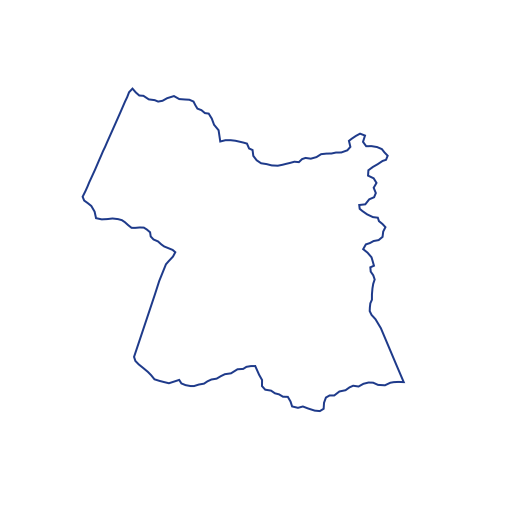 the district of Rio Bonito, Rio de Janeiro, Brazil, rotated 201°
{"feature_id": "56859067B12785647201929", "entity_name": "Rio Bonito", "entity_type": "district", "adm_level": 2, "iso_a3": "BRA", "parent_name": "Brazil", "parent_adm1": "Rio de Janeiro", "projection": "albers", "projection_center": [-42.592, -22.736], "detail": "fine", "context": "isolated", "style": "outline", "palette": "blue", "viewbox_px": 512, "rotation_deg": 201, "n_neighbors": 0, "source": "geoboundaries", "source_scale": "gbopen_adm2", "svg_char_len": 2883}
<svg xmlns="http://www.w3.org/2000/svg" viewBox="0 0 512 512"><g transform="rotate(201 256 256)"><path d="M439.1,249.2L436.3,246.2L432.1,245.1L427.7,243.7L422.6,239.6L418.9,234.0L413.2,234.9L408.0,237.2L403.4,239.6L398.0,241.0L394.1,241.4L390.6,240.6L386.4,239.0L382.3,237.7L378.8,239.0L374.7,241.0L370.9,242.3L367.4,241.6L363.4,240.2L361.3,236.5L357.6,234.7L352.7,234.5L348.6,232.9L345.2,232.0L340.3,231.9L336.0,231.8L332.7,230.6L333.3,225.7L335.7,219.8L337.1,216.0L337.4,198.1L336.6,183.7L333.7,118.1L331.0,114.8L326.7,112.8L321.1,111.0L315.5,109.1L311.3,107.2L306.6,104.5L301.5,104.8L296.3,105.4L291.7,106.0L287.6,109.3L283.3,112.8L280.0,110.3L275.5,110.2L270.6,111.1L267.2,112.4L263.3,115.5L258.8,118.2L256.4,121.6L253.4,124.7L248.8,127.4L245.7,131.3L242.7,134.5L237.3,137.5L232.7,143.6L227.5,146.0L225.2,149.1L221.5,151.3L217.3,153.0L214.0,149.7L210.6,146.3L205.9,142.4L203.8,136.7L199.5,134.5L193.7,135.7L189.1,134.6L184.9,135.1L180.4,134.3L175.8,135.9L171.6,132.5L168.4,128.5L162.4,129.3L158.3,132.3L152.9,132.3L145.7,132.7L140.8,134.1L138.1,137.6L139.9,143.4L140.0,148.9L137.3,152.2L133.0,153.8L129.6,159.4L124.3,162.8L121.6,166.9L118.8,169.7L113.5,170.9L109.9,175.2L105.6,178.2L101.3,179.7L95.9,179.4L89.3,181.5L85.2,185.8L82.2,187.6L77.9,189.5L72.9,191.2L86.0,204.7L113.5,233.3L121.8,239.8L127.0,242.4L130.1,245.3L131.3,248.9L132.3,252.8L132.1,256.7L134.0,261.7L135.7,267.6L136.6,272.1L136.8,276.6L139.6,280.0L143.3,282.5L145.2,286.4L142.4,289.2L145.1,292.8L147.7,296.2L153.1,299.1L158.4,300.8L157.6,306.2L154.3,308.9L151.6,312.1L147.2,314.8L144.7,319.2L146.0,324.4L145.5,329.3L149.4,331.2L153.7,332.6L156.0,335.4L160.8,334.2L167.2,334.7L172.8,336.1L176.1,337.2L177.9,340.6L172.5,343.4L170.6,349.5L166.8,353.2L166.7,357.7L170.6,361.9L169.7,367.4L174.0,370.7L180.2,371.2L181.8,376.3L178.9,380.9L175.3,385.3L171.9,390.1L169.1,392.4L169.0,396.8L173.3,398.8L176.8,400.9L182.0,401.1L187.4,400.0L192.5,398.0L197.0,400.9L197.4,407.5L202.7,407.5L205.7,404.0L208.6,399.9L210.5,396.8L207.0,391.7L208.6,387.4L213.5,383.2L218.5,381.2L222.3,378.7L226.8,376.9L231.7,374.4L235.0,370.0L239.7,366.5L244.9,365.3L247.7,363.0L249.6,359.0L253.9,357.8L257.7,355.0L260.8,352.9L263.9,350.7L268.0,348.1L273.8,346.2L279.0,345.6L284.5,344.4L289.7,345.6L294.4,348.5L297.2,353.7L301.0,353.9L304.7,357.7L308.2,357.4L311.8,356.9L316.6,356.2L321.3,355.0L326.1,353.1L330.4,350.1L336.0,360.0L342.2,363.5L346.5,368.4L351.2,372.0L354.9,371.1L359.2,372.6L363.5,372.6L366.5,374.9L369.7,377.8L374.2,378.0L378.9,376.5L383.9,375.0L389.9,375.9L395.5,371.5L398.9,367.4L402.7,365.1L406.4,365.2L412.2,363.8L418.5,365.2L422.5,364.0L426.8,365.6L431.3,368.0L433.2,363.4L433.2,358.1L433.6,353.4L434.1,341.3L434.7,329.6L435.5,314.4L435.8,308.7L436.0,303.7L436.4,299.0L436.6,293.3L436.8,289.4L437.2,279.0L437.8,269.5L438.1,265.2L438.2,260.5L438.5,255.3L439.1,249.2Z" fill="none" stroke="#1e3a8a" stroke-width="2"/></g></svg>